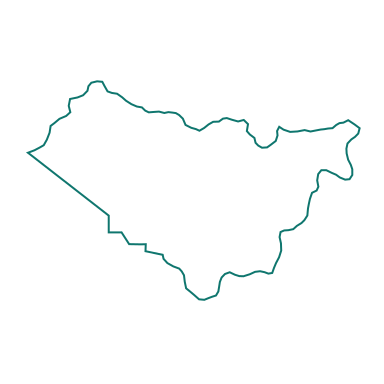 Herval d'Oeste, Santa Catarina, Brazil, rotated 182°
{"feature_id": "56859067B7033664236928", "entity_name": "Herval d'Oeste", "entity_type": "district", "adm_level": 2, "iso_a3": "BRA", "parent_name": "Brazil", "parent_adm1": "Santa Catarina", "projection": "orthographic", "projection_center": [-51.434, -27.189], "detail": "fine", "context": "isolated", "style": "outline", "palette": "teal", "viewbox_px": 384, "rotation_deg": 182, "n_neighbors": 0, "source": "geoboundaries", "source_scale": "gbopen_adm2", "svg_char_len": 2017}
<svg xmlns="http://www.w3.org/2000/svg" viewBox="0 0 384 384"><g transform="rotate(182 192 192)"><path d="M357.3,225.5L274.4,165.5L273.8,148.7L261.0,149.2L253.0,137.7L241.3,137.9L236.4,138.2L236.4,131.2L219.1,128.2L218.1,124.2L214.1,120.1L208.1,117.0L202.1,115.0L199.5,112.3L197.1,108.5L196.1,102.0L194.5,95.5L190.9,92.8L186.3,89.2L181.2,85.0L175.9,84.7L171.9,86.5L168.3,88.0L164.4,89.4L162.2,93.5L161.6,98.1L161.0,103.1L159.4,107.6L156.2,111.2L151.5,113.1L146.2,110.8L141.8,109.6L137.6,109.6L131.4,111.8L126.2,114.4L121.2,115.2L116.7,114.4L112.8,113.1L109.0,113.9L107.4,119.0L105.5,124.0L102.7,129.8L100.8,136.6L101.3,143.8L102.9,150.0L102.1,155.1L98.5,156.8L94.4,157.2L89.5,158.4L85.9,161.9L81.5,164.8L78.7,167.8L75.9,172.5L75.5,179.6L74.8,184.2L73.9,189.2L72.0,195.4L67.5,197.8L65.9,201.7L67.3,208.0L66.5,214.3L63.5,218.3L58.6,218.5L53.0,216.0L48.6,214.3L44.8,211.7L39.4,209.7L35.0,210.3L32.4,214.6L32.6,220.3L34.2,224.6L37.1,229.8L38.8,236.0L39.2,240.7L38.3,245.9L34.6,250.1L31.0,252.8L27.9,256.2L26.7,261.6L31.9,265.2L38.4,269.2L43.1,266.6L47.0,266.0L50.2,264.0L53.8,260.7L58.2,260.2L62.0,259.4L65.6,258.9L69.6,258.0L75.7,256.6L81.6,257.8L88.7,256.2L96.0,255.5L102.7,257.5L107.1,260.2L109.1,255.9L108.5,251.5L110.1,245.9L115.1,241.8L118.5,239.2L123.6,238.7L127.4,240.7L130.2,243.4L131.5,248.2L136.2,251.5L139.3,254.8L138.4,261.8L142.8,265.8L148.4,264.1L154.6,265.6L159.8,267.1L163.6,266.4L167.6,263.3L173.3,262.9L177.8,260.1L182.1,256.4L186.7,253.5L190.3,255.0L194.9,256.1L200.8,258.8L203.7,265.0L207.6,268.5L210.9,270.3L214.6,270.7L218.4,271.0L222.4,270.0L227.8,271.2L232.6,270.7L238.0,270.1L241.6,271.7L245.0,274.8L250.1,275.5L255.7,277.7L261.1,280.9L265.1,284.2L270.3,287.6L275.5,288.2L279.9,289.6L283.1,294.8L285.5,299.0L290.7,299.3L296.4,297.7L299.2,294.1L300.0,289.5L304.2,284.9L309.7,282.5L317.1,280.7L318.2,273.8L316.4,267.5L320.4,263.6L327.0,260.5L332.0,256.0L335.6,253.1L336.4,246.3L338.9,239.2L341.8,233.6L345.8,231.1L350.9,228.2L357.3,225.5Z" fill="none" stroke="#0f766e" stroke-width="2"/></g></svg>